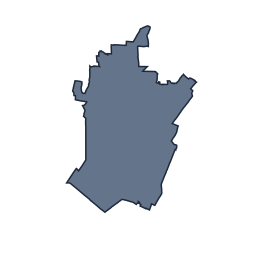 outline of Nicseni, Botosani, Romania, rotated 232°
{"feature_id": "2599482B7435207747893", "entity_name": "Nicseni", "entity_type": "district", "adm_level": 2, "iso_a3": "ROU", "parent_name": "Romania", "parent_adm1": "Botosani", "projection": "natural_earth1", "projection_center": [26.665, 47.868], "detail": "fine", "context": "isolated", "style": "filled", "palette": "slate", "viewbox_px": 256, "rotation_deg": 232, "n_neighbors": 0, "source": "geoboundaries", "source_scale": "gbopen_adm2", "svg_char_len": 5788}
<svg xmlns="http://www.w3.org/2000/svg" viewBox="0 0 256 256"><g transform="rotate(232 128 128)"><path d="M205.8,153.4L205.4,152.8L205.4,152.2L205.6,151.8L205.4,151.5L205.2,151.3L205.1,151.1L204.8,150.8L202.7,149.4L202.9,149.0L203.5,148.5L204.2,147.6L202.9,146.7L202.3,146.3L201.0,145.5L199.1,144.3L198.2,145.3L196.6,144.4L195.3,143.7L194.3,143.4L194.1,143.4L194.4,143.1L194.5,142.8L195.3,142.0L196.0,141.1L196.3,141.0L197.0,140.1L197.4,139.8L197.8,139.2L197.5,139.0L197.9,138.7L198.0,138.4L198.8,136.8L199.0,136.5L199.6,136.2L200.3,136.1L199.8,135.7L198.8,135.1L198.2,134.4L197.2,133.4L195.4,132.2L194.1,131.2L193.7,130.8L192.5,130.0L191.4,128.9L191.0,128.4L189.6,126.8L189.2,126.5L188.4,126.3L188.0,125.9L187.6,125.4L187.1,124.5L186.8,124.0L186.4,123.6L185.5,123.0L185.4,122.8L185.0,122.0L184.6,120.8L184.3,120.2L184.1,119.5L183.6,118.4L183.2,117.9L183.1,117.4L182.6,116.9L182.2,115.8L181.8,115.4L183.5,113.5L183.9,113.7L184.7,113.7L184.8,113.8L185.0,113.8L185.2,114.0L185.6,114.0L185.8,114.1L187.2,115.0L188.2,115.5L188.7,116.0L189.4,116.8L189.8,117.4L190.7,118.3L191.0,118.8L191.6,119.3L192.7,120.0L194.5,118.8L194.8,118.4L195.4,117.9L197.8,115.3L197.7,115.1L197.5,114.9L196.5,113.7L195.7,112.8L195.3,112.1L194.9,111.8L194.5,111.2L194.0,110.6L193.3,109.6L192.8,109.2L192.5,108.8L192.2,108.3L191.9,108.1L191.0,107.0L190.2,107.1L189.2,107.1L188.0,106.3L186.9,105.4L185.8,106.5L182.7,103.9L182.0,104.5L181.8,104.6L181.6,104.8L177.5,108.3L174.2,111.6L173.8,111.3L173.5,110.3L173.2,109.4L173.0,108.4L172.9,107.3L173.5,106.5L173.7,106.0L168.4,105.0L166.6,102.6L166.4,102.2L166.2,102.0L166.0,101.9L164.9,100.7L164.7,100.2L163.1,100.4L161.9,100.8L161.5,100.5L160.1,99.5L159.4,98.7L157.8,97.6L157.3,97.2L156.1,96.2L155.3,95.8L152.9,93.9L128.8,75.1L126.8,69.4L126.2,67.7L124.7,62.6L127.8,62.5L127.9,62.3L126.5,57.6L122.5,45.8L121.1,47.6L120.5,48.2L120.2,48.4L119.9,48.5L110.3,50.6L104.9,51.7L104.1,51.9L102.4,52.2L96.1,53.7L93.6,53.9L92.2,54.4L90.8,54.6L85.8,55.7L81.5,56.5L75.8,58.0L75.9,58.8L75.8,62.9L75.7,64.9L75.8,66.1L75.9,66.8L75.8,67.4L75.8,68.6L75.7,70.3L75.7,71.1L75.5,73.8L75.6,75.4L75.6,76.2L75.5,76.6L75.5,77.0L75.5,78.5L75.5,79.5L75.5,79.4L75.2,79.6L72.5,81.8L69.8,83.8L68.4,84.7L66.5,86.2L62.7,87.5L62.9,88.3L62.8,89.1L62.9,89.5L63.1,89.9L63.3,90.2L63.8,90.8L62.3,91.3L61.9,90.2L59.7,91.0L59.1,89.5L53.3,92.4L53.6,92.9L50.2,94.4L51.5,96.5L53.0,98.9L53.7,99.8L50.5,101.5L52.1,105.1L53.3,108.3L54.1,110.0L54.5,111.8L55.0,112.8L55.6,114.2L55.9,114.6L57.9,115.9L58.9,116.8L61.3,118.2L62.0,118.7L62.4,119.1L63.4,119.7L63.4,119.9L64.2,121.2L67.5,126.8L69.6,130.7L69.9,130.8L70.1,131.1L71.1,133.3L72.0,134.7L73.2,136.8L74.3,138.5L75.0,139.9L75.9,141.5L79.3,147.2L81.0,150.1L81.3,150.8L81.6,151.3L82.1,151.8L82.0,152.0L81.5,152.2L81.8,152.4L82.0,152.7L82.0,153.1L82.0,153.3L82.0,153.5L82.3,153.9L83.3,154.8L83.9,155.5L84.3,155.7L84.8,155.6L85.2,155.4L85.6,155.0L85.8,154.7L86.4,154.3L91.1,154.1L91.3,154.9L91.5,155.6L91.8,156.3L92.2,156.8L92.3,157.2L92.5,158.3L93.2,160.5L93.4,161.0L94.0,162.1L94.2,162.7L94.6,163.4L94.7,163.7L95.2,164.3L98.0,167.6L98.4,168.3L98.6,168.8L104.3,165.6L105.5,169.8L105.7,170.4L105.7,170.7L106.3,173.2L106.5,173.5L106.6,174.2L106.9,175.0L107.1,175.8L107.3,176.2L108.0,178.6L108.7,180.7L109.3,182.7L109.8,184.7L110.4,187.4L111.1,189.9L111.2,191.0L111.3,191.3L111.6,191.9L111.8,192.5L112.6,195.4L112.8,196.6L113.0,197.1L113.2,197.6L113.3,198.2L113.5,198.5L115.8,199.4L115.9,199.5L116.6,200.4L117.4,201.9L117.6,202.0L120.3,201.5L121.0,204.3L121.6,207.4L122.0,210.2L122.5,210.0L123.5,209.7L124.1,209.4L124.3,209.4L124.3,209.5L124.3,209.9L124.8,209.8L126.0,209.2L127.6,208.6L128.3,208.2L129.2,207.6L129.3,207.5L129.3,207.3L129.4,206.6L129.3,205.9L133.1,205.0L136.2,204.7L135.8,203.7L135.8,202.9L135.8,202.4L135.8,202.1L135.3,200.8L135.2,200.6L135.3,200.2L135.2,199.8L134.9,199.2L134.7,198.9L134.4,197.7L134.1,197.4L134.0,197.1L134.0,196.7L133.8,196.1L133.9,195.4L133.9,195.2L133.7,194.5L133.4,193.7L133.5,193.6L135.0,191.9L134.7,191.5L136.2,190.6L136.3,190.3L136.4,189.9L136.7,189.8L137.6,189.7L138.8,189.9L139.5,189.8L140.9,188.0L139.9,187.5L139.4,187.2L139.0,186.9L138.4,186.5L138.1,186.0L138.1,185.8L141.1,182.2L140.8,181.9L143.0,180.1L144.7,181.3L145.4,180.6L144.2,179.7L146.3,178.3L147.0,179.0L147.5,180.0L148.0,180.5L148.6,181.0L148.9,181.2L149.1,181.5L149.6,181.9L150.5,182.6L151.4,183.3L151.6,183.6L152.0,184.3L152.4,184.7L152.7,184.8L153.1,184.8L153.3,184.7L154.1,184.2L154.9,184.5L155.3,184.5L156.1,183.8L163.6,174.6L164.1,176.8L164.1,177.8L164.2,178.4L164.5,181.0L169.8,174.4L172.2,176.1L172.7,176.5L176.4,178.7L177.8,179.6L178.0,179.7L178.3,179.7L178.3,179.9L178.4,180.1L178.6,180.3L182.0,182.7L186.3,185.7L186.4,186.0L186.1,186.4L184.8,188.0L182.4,190.5L181.9,191.3L181.7,191.8L181.2,192.7L181.0,193.1L179.7,194.2L180.0,194.4L180.4,194.8L181.0,195.2L181.7,195.9L182.1,196.2L184.6,197.7L185.3,198.1L188.0,199.2L189.1,199.8L189.4,200.2L189.8,200.9L190.3,202.6L190.9,203.3L192.0,205.2L192.2,205.7L192.4,206.0L193.6,207.3L194.0,207.6L194.9,207.2L195.7,206.7L196.3,206.5L196.4,206.4L196.5,206.1L197.8,201.7L197.8,201.3L198.0,199.9L198.4,199.3L198.4,199.0L198.1,198.0L197.9,197.7L197.2,196.6L196.5,194.9L196.3,194.5L196.1,193.6L194.9,190.7L194.1,189.0L193.9,188.2L193.3,186.9L193.2,186.4L192.9,186.1L192.8,185.7L192.7,185.3L192.7,185.1L197.2,180.1L194.3,177.4L196.6,174.6L199.1,171.9L201.0,169.6L202.0,168.4L202.3,168.0L202.5,167.6L202.6,167.0L202.9,166.7L203.6,166.3L203.8,166.0L203.4,165.6L196.6,160.6L199.2,157.6L198.9,157.3L198.3,157.0L198.8,156.8L199.6,156.2L199.6,156.6L200.0,156.5L200.7,155.8L201.2,155.7L201.5,155.6L201.8,155.5L202.1,155.4L202.3,155.4L202.6,155.4L202.9,155.3L203.0,155.2L203.5,154.9L204.5,154.3L204.7,154.2L204.8,154.4L205.0,154.5L205.3,154.3L205.5,153.5L205.8,153.4Z" fill="#64748b" stroke="#1e293b" stroke-width="1.5"/></g></svg>